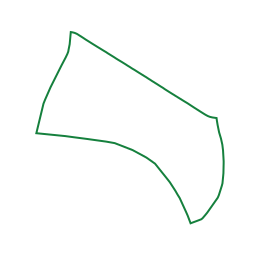 Samphanthawong, Bangkok Metropolis, Thailand (Albers equal-area conic projection), rotated 353°
{"feature_id": "78962969B78328018981933", "entity_name": "Samphanthawong", "entity_type": "district", "adm_level": 2, "iso_a3": "THA", "parent_name": "Thailand", "parent_adm1": "Bangkok Metropolis", "projection": "albers", "projection_center": [100.51, 13.738], "detail": "fine", "context": "isolated", "style": "outline", "palette": "green", "viewbox_px": 256, "rotation_deg": 353, "n_neighbors": 0, "source": "geoboundaries", "source_scale": "gbopen_adm2", "svg_char_len": 1432}
<svg xmlns="http://www.w3.org/2000/svg" viewBox="0 0 256 256"><g transform="rotate(353 128 128)"><path d="M217.1,128.9L213.0,127.8L210.6,126.9L208.6,125.8L206.5,124.3L205.0,123.1L201.8,120.5L196.1,115.8L192.8,113.0L191.5,111.9L190.1,110.7L187.4,108.6L178.3,101.3L178.1,101.1L176.3,99.7L173.1,97.1L171.4,95.7L169.2,93.9L167.7,92.5L165.8,91.0L164.1,89.6L161.7,87.6L161.2,87.2L160.9,87.0L159.5,85.8L157.7,84.4L155.5,82.5L154.7,81.9L154.0,81.3L151.9,79.5L151.1,78.9L146.0,74.8L143.8,73.0L141.5,71.1L139.5,69.6L136.9,67.4L135.5,66.3L135.0,65.9L133.6,64.7L130.0,61.8L126.4,59.0L124.3,57.3L123.4,56.5L120.8,54.4L119.8,53.6L116.7,51.1L115.7,50.2L113.0,48.1L112.5,47.7L109.5,45.3L107.2,43.5L106.6,43.0L103.1,40.2L99.8,37.5L96.6,34.9L94.3,32.9L88.7,28.3L86.8,27.2L85.9,26.8L84.0,26.1L82.9,25.8L80.3,37.8L78.6,42.9L78.0,44.9L76.9,47.0L74.8,50.3L69.6,57.8L56.1,78.1L49.2,89.7L47.1,93.5L36.4,122.0L64.8,128.4L73.2,130.6L85.7,133.8L94.7,136.2L104.5,138.8L113.0,141.4L129.9,150.5L142.4,159.4L142.9,159.8L150.5,166.7L155.9,175.5L159.5,181.3L162.9,186.9L167.4,196.2L169.0,200.0L170.8,203.9L175.4,218.4L176.6,222.4L178.5,230.2L186.1,228.4L189.7,227.5L191.2,226.5L191.5,226.2L193.9,224.0L196.3,221.7L199.2,218.5L208.6,208.1L210.0,205.7L213.9,197.2L215.0,194.5L216.6,187.3L217.2,184.5L218.6,174.9L218.9,172.6L219.6,161.8L219.6,156.1L219.0,149.9L217.9,143.4L217.3,135.8L217.1,130.7L217.1,128.9Z" fill="none" stroke="#15803d" stroke-width="2"/></g></svg>